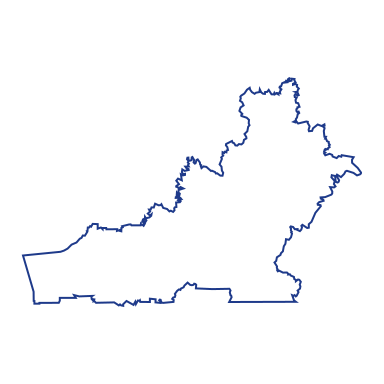 Stratford District, Manawatu-Wanganui, New Zealand (Albers equal-area conic projection)
{"feature_id": "76426892B63659956028788", "entity_name": "Stratford District", "entity_type": "district", "adm_level": 2, "iso_a3": "NZL", "parent_name": "New Zealand", "parent_adm1": "Manawatu-Wanganui", "projection": "albers", "projection_center": [174.669, -39.151], "detail": "fine", "context": "isolated", "style": "outline", "palette": "blue", "viewbox_px": 384, "rotation_deg": 0, "n_neighbors": 0, "source": "geoboundaries", "source_scale": "gbopen_adm2", "svg_char_len": 6020}
<svg xmlns="http://www.w3.org/2000/svg" viewBox="0 0 384 384"><path d="M23.0,255.5L33.6,291.7L33.7,300.9L34.4,301.0L34.4,303.7L39.4,303.7L39.4,302.9L58.8,302.8L59.8,300.7L59.8,297.9L75.8,297.9L74.1,295.1L79.3,296.4L92.4,295.9L91.4,296.6L91.7,299.1L92.6,300.0L93.0,299.2L94.3,299.4L93.7,301.3L94.3,301.1L96.0,302.8L114.2,302.4L118.8,305.4L120.0,304.4L121.1,305.4L123.2,305.8L123.1,304.3L126.5,301.0L133.5,304.9L135.3,301.7L135.9,304.1L137.9,300.5L139.3,300.9L139.9,300.3L140.2,301.9L149.9,302.0L149.9,298.7L155.6,299.3L155.5,302.4L160.5,302.9L160.3,301.2L159.2,300.3L159.8,299.6L160.6,299.8L161.3,302.3L163.0,302.9L173.5,301.9L173.7,300.0L172.2,298.9L173.1,297.6L174.9,297.0L175.4,295.2L174.9,293.9L177.2,290.8L179.0,289.4L180.4,289.9L180.9,288.6L183.6,287.3L184.4,285.6L187.6,282.6L190.2,284.9L191.9,285.2L193.5,284.8L194.2,283.7L195.4,284.0L196.2,284.8L195.9,288.4L212.3,289.1L229.4,288.8L230.5,290.5L229.8,292.4L230.5,295.3L231.2,295.6L231.6,297.2L229.2,302.0L295.9,301.8L294.0,300.4L292.2,295.2L293.6,295.8L294.6,295.1L295.8,296.4L296.7,295.7L298.5,292.1L297.6,290.6L300.0,288.6L300.4,286.3L299.7,284.7L300.8,281.8L299.3,279.8L298.0,279.5L295.9,281.2L295.9,279.9L294.3,279.1L293.9,276.9L290.7,275.5L289.9,274.3L288.2,274.5L288.4,273.9L286.9,272.5L283.0,272.6L279.2,270.7L277.8,271.3L277.1,270.1L277.7,269.5L276.8,267.8L277.0,266.4L274.5,262.5L276.2,260.9L276.9,257.3L280.5,254.9L280.9,253.3L282.9,251.3L283.8,246.3L285.4,243.8L286.0,239.2L288.9,239.8L291.0,237.3L292.0,233.6L291.2,232.5L291.8,231.8L290.9,230.6L291.0,228.7L290.2,227.1L290.8,226.4L293.1,227.0L294.8,229.2L297.2,229.1L296.9,229.7L299.9,231.1L301.3,229.6L302.0,227.3L301.4,225.8L302.4,224.8L307.2,228.0L308.8,227.7L308.8,224.2L311.5,221.8L315.4,212.8L320.8,206.2L320.5,205.1L317.8,204.8L317.6,203.7L319.2,202.1L323.6,200.8L323.3,199.7L320.8,198.6L320.6,197.4L325.2,197.1L331.4,194.6L332.2,193.5L332.3,191.5L330.1,187.1L334.1,187.4L335.5,186.4L333.9,184.0L334.7,181.0L331.4,177.3L331.8,175.2L335.1,176.0L335.6,181.0L336.2,182.1L337.7,182.5L338.7,181.7L339.1,180.2L336.4,175.6L337.0,174.6L341.0,177.1L344.2,173.9L345.5,171.4L346.9,170.8L353.5,172.9L357.0,175.4L359.9,174.4L360.9,173.5L361.0,172.5L357.7,167.9L352.1,162.8L352.0,159.8L353.6,157.2L341.7,155.2L341.3,156.7L338.7,156.0L336.7,158.1L332.6,156.5L332.2,154.9L329.6,153.8L325.3,155.3L324.2,153.6L325.3,152.6L324.0,151.9L324.7,149.6L325.3,149.1L326.4,150.4L326.0,149.1L327.8,149.2L327.8,148.3L329.6,147.2L328.9,145.4L329.8,144.8L328.7,143.3L328.8,142.0L327.0,141.1L326.1,138.9L325.1,138.7L326.0,136.8L324.4,136.7L323.8,131.0L324.6,128.1L322.6,126.2L324.6,125.6L324.4,124.4L321.6,126.0L317.7,124.5L313.0,128.3L312.1,130.9L309.0,131.2L308.6,129.8L309.6,126.2L307.7,123.0L307.8,121.8L306.3,121.5L298.1,123.5L296.5,121.5L295.7,122.5L293.6,121.8L296.0,120.5L295.8,119.2L297.0,117.5L297.7,114.3L299.2,113.0L298.6,111.6L297.3,112.1L296.4,110.9L296.4,109.2L297.4,108.4L297.4,107.3L299.5,106.8L298.2,103.2L296.0,102.7L295.5,100.0L296.7,97.5L294.8,97.1L294.5,95.4L295.3,94.2L297.6,95.5L298.7,95.1L297.8,93.1L295.5,92.0L297.5,91.8L297.8,90.0L298.8,88.6L296.8,86.6L297.1,84.9L295.3,84.0L293.0,84.8L293.0,83.8L295.6,82.5L294.3,80.1L294.5,79.0L291.8,78.7L291.5,80.7L289.6,81.1L289.1,79.5L289.7,78.4L289.3,78.2L288.0,79.2L287.7,82.2L286.1,82.4L287.2,81.1L286.1,80.7L285.6,81.7L282.2,83.2L281.2,86.1L279.8,86.6L279.5,87.6L280.7,88.5L280.5,89.5L281.2,89.6L279.8,91.8L280.2,93.4L277.4,93.1L277.9,94.2L276.1,93.3L274.9,94.3L274.3,93.0L273.7,94.4L271.5,94.3L268.7,89.9L267.2,91.9L265.1,92.0L264.9,93.9L263.0,93.7L261.2,92.3L259.8,89.4L259.4,92.1L256.0,92.7L254.6,93.8L251.9,92.1L250.2,89.8L249.7,87.8L247.0,89.7L244.4,93.5L241.1,95.7L240.3,96.8L240.8,98.2L240.0,100.8L242.2,102.3L243.6,105.4L240.6,107.4L239.4,110.9L242.3,113.9L241.2,115.2L241.4,116.0L246.7,117.7L249.0,119.9L248.7,123.3L249.5,125.2L248.2,126.7L247.3,131.3L244.5,134.0L246.3,137.0L246.4,138.4L244.0,139.8L243.3,142.8L241.5,144.4L238.9,144.1L237.3,145.6L235.4,145.4L234.1,143.2L232.6,142.6L232.0,141.0L226.1,144.0L225.9,145.3L227.3,147.1L228.0,150.0L226.6,150.5L226.4,152.3L224.7,151.8L224.2,153.0L222.6,152.2L222.5,154.4L223.2,155.6L221.2,157.4L221.9,158.9L219.6,164.4L221.5,166.7L221.9,170.6L223.2,172.8L222.5,175.7L220.3,175.6L217.2,173.3L215.9,173.5L215.1,172.1L211.9,170.7L211.0,171.0L206.4,166.9L203.5,166.4L201.5,168.1L200.7,165.9L201.2,165.2L200.1,164.3L199.9,162.5L197.7,159.4L196.6,159.9L195.5,163.3L194.8,163.6L193.6,162.4L194.2,160.1L192.4,157.0L191.7,157.4L191.5,160.2L189.9,160.7L188.5,160.3L188.4,157.6L187.4,157.7L187.0,159.2L188.5,161.0L187.8,162.6L188.9,163.7L188.0,165.0L188.8,166.5L185.3,166.6L186.7,168.5L188.5,169.0L188.7,170.0L184.6,170.9L182.3,169.4L181.9,172.1L183.0,174.2L185.0,173.8L185.0,174.9L182.9,175.4L180.9,174.3L181.8,180.3L178.0,178.6L176.3,180.7L179.0,184.2L176.3,186.0L176.2,186.7L178.1,187.4L178.7,188.6L180.5,187.0L183.4,188.5L178.6,190.0L178.4,192.4L179.8,193.7L179.3,195.5L176.9,192.6L176.7,195.4L178.5,196.2L177.5,197.2L175.8,197.2L175.7,197.9L180.3,197.8L181.1,198.8L179.4,198.6L177.9,200.2L178.7,200.8L180.5,200.3L180.7,201.2L179.9,202.2L176.1,202.5L176.4,207.0L174.7,207.4L174.2,208.3L174.5,210.3L173.1,211.9L170.8,210.7L169.4,211.4L167.1,209.0L163.2,207.9L161.4,204.2L160.6,205.1L158.6,205.3L155.1,203.7L153.8,207.5L151.5,207.4L150.7,209.5L149.0,209.5L150.1,211.5L147.8,213.6L150.0,215.5L151.5,214.2L151.2,215.8L149.4,217.4L146.0,218.3L145.0,216.8L144.9,218.5L146.4,220.4L145.4,222.0L143.8,221.1L144.0,218.9L143.0,219.4L142.2,221.8L143.8,221.9L143.9,223.6L144.7,223.9L143.6,225.8L143.1,225.4L143.4,224.5L141.6,224.8L140.9,223.9L140.7,225.3L131.4,225.3L130.7,224.4L129.0,224.5L122.1,226.2L122.7,227.3L121.4,227.9L121.3,231.3L119.8,230.9L120.1,229.9L117.0,230.9L117.2,229.2L106.4,229.3L106.2,228.0L102.6,228.0L102.6,229.2L100.9,227.5L97.7,228.7L97.7,224.1L92.7,223.9L91.1,226.7L90.1,226.1L89.1,227.5L87.8,227.5L87.5,230.8L86.9,231.1L87.3,231.8L84.9,235.7L82.8,235.5L81.5,237.9L79.8,238.7L76.5,242.5L71.6,244.6L67.6,248.6L64.0,250.6L60.5,251.8L23.0,255.5Z" fill="none" stroke="#1e3a8a" stroke-width="2"/></svg>